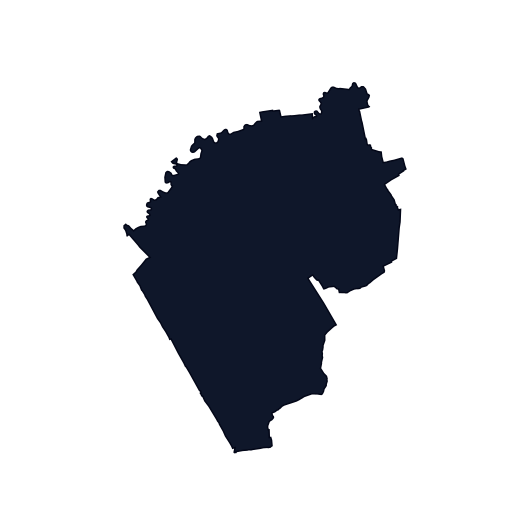 Raducaneni, Iasi, Romania (orthographic projection), rotated 287°
{"feature_id": "2599482B23312224684372", "entity_name": "Raducaneni", "entity_type": "district", "adm_level": 2, "iso_a3": "ROU", "parent_name": "Romania", "parent_adm1": "Iasi", "projection": "orthographic", "projection_center": [27.975, 46.968], "detail": "fine", "context": "isolated", "style": "filled", "palette": "ink", "viewbox_px": 512, "rotation_deg": 287, "n_neighbors": 0, "source": "geoboundaries", "source_scale": "gbopen_adm2", "svg_char_len": 6123}
<svg xmlns="http://www.w3.org/2000/svg" viewBox="0 0 512 512"><g transform="rotate(287 256 256)"><path d="M350.1,371.6L353.2,367.7L353.7,367.5L354.9,366.0L357.1,362.9L357.5,362.8L358.7,361.1L361.7,358.1L362.2,358.0L368.6,363.1L374.8,369.1L375.9,368.3L380.4,372.1L380.7,371.8L383.0,373.9L385.5,372.0L391.9,368.1L392.2,367.3L392.2,366.8L387.9,360.2L385.7,356.1L383.8,353.3L382.5,350.3L387.8,347.1L392.0,345.3L391.6,343.1L391.6,335.1L393.1,334.8L394.1,333.6L395.4,333.0L395.5,332.4L394.9,331.0L394.8,330.2L395.7,329.4L399.5,327.6L400.5,326.7L400.0,326.3L414.6,318.4L416.4,317.2L424.5,312.8L425.3,311.9L426.5,311.4L431.6,320.4L432.0,320.5L432.0,320.0L433.1,318.6L436.1,316.9L437.4,316.8L440.7,317.5L442.6,317.4L443.2,316.6L443.4,315.0L443.6,314.7L447.6,311.9L448.9,309.8L449.2,309.2L448.9,307.9L448.6,307.3L447.2,306.4L446.5,305.5L446.5,305.0L446.5,304.4L447.5,303.1L450.0,300.9L450.3,300.4L450.3,299.2L450.0,298.6L449.1,298.1L446.3,298.3L444.2,297.0L442.7,296.7L442.4,296.4L440.7,287.3L440.1,286.3L440.0,285.6L439.7,283.8L440.1,281.0L439.7,279.5L438.5,278.6L433.0,277.1L432.4,276.0L432.5,274.0L431.9,273.1L430.6,273.0L428.8,274.2L427.4,274.1L426.2,273.0L425.2,271.2L424.4,270.6L423.8,270.5L423.1,270.9L422.2,272.5L420.8,273.9L420.1,273.9L417.7,273.4L416.8,273.7L415.6,274.5L414.0,276.4L412.1,276.9L410.9,276.6L410.5,276.0L410.4,275.3L410.7,274.3L412.3,271.9L412.2,271.1L411.7,270.3L410.9,269.8L409.6,270.1L409.0,270.7L408.3,272.5L407.5,273.0L406.9,272.7L406.1,271.1L404.1,269.8L408.4,268.2L404.2,258.9L403.5,256.6L401.2,251.4L400.2,248.8L400.2,248.4L398.0,242.9L396.4,239.6L396.3,239.2L402.0,235.9L402.1,235.6L399.5,229.8L400.1,229.3L399.9,228.9L395.6,219.9L394.4,217.7L386.7,221.9L386.3,221.3L385.2,218.3L384.6,217.6L382.4,216.4L380.9,215.9L380.1,215.4L379.1,213.9L378.7,211.4L379.0,209.7L378.9,208.7L378.3,207.6L377.6,207.1L376.1,206.7L374.4,207.3L373.8,207.3L373.1,206.8L369.7,202.3L367.6,198.5L365.4,196.6L364.8,195.8L364.6,194.9L364.7,194.3L365.8,192.9L367.7,191.7L368.2,190.9L368.2,190.1L367.7,189.3L366.8,188.6L364.0,187.2L363.2,186.4L361.5,183.3L359.7,183.4L359.0,183.9L357.8,185.6L356.9,186.2L354.2,186.3L352.7,185.4L352.2,184.6L352.1,183.8L352.4,182.7L352.9,182.0L355.6,180.0L356.5,178.9L357.2,177.1L357.3,176.3L356.3,175.4L354.7,174.9L352.8,173.5L352.4,172.8L352.5,170.6L352.9,169.4L353.9,167.7L354.0,166.9L353.3,165.2L352.6,164.5L351.1,163.7L349.6,163.5L346.5,164.4L345.9,164.3L343.7,163.0L342.2,162.3L338.2,162.3L337.3,163.0L336.7,163.9L336.7,165.3L337.6,166.7L342.6,169.6L343.1,170.5L342.9,171.7L341.1,173.6L337.8,173.5L333.8,174.2L333.1,173.9L332.1,172.8L330.5,169.1L328.2,166.3L326.5,165.1L325.2,164.7L322.7,163.2L321.3,157.6L321.2,153.9L321.8,152.6L325.3,152.5L326.0,151.9L326.3,151.1L321.5,147.7L320.5,149.2L320.4,150.2L320.6,152.9L319.9,154.1L318.7,153.7L317.8,151.4L317.0,150.9L316.4,151.1L316.0,151.6L315.9,152.7L315.6,153.5L314.1,155.0L312.6,157.8L311.3,157.6L309.1,154.3L308.6,153.0L308.6,152.3L309.0,151.7L310.3,150.5L311.1,148.1L311.0,146.8L310.7,146.3L309.4,145.5L304.7,145.9L300.2,147.6L299.7,148.4L299.7,149.0L300.4,150.4L301.8,151.6L302.1,152.7L301.3,153.4L299.6,153.9L298.8,154.7L298.5,155.6L296.5,155.3L290.6,153.2L289.9,151.8L289.8,150.3L290.1,147.7L290.7,145.5L290.4,144.2L290.0,143.9L288.5,143.3L287.5,144.1L284.6,147.6L283.8,146.7L283.2,145.3L280.8,144.3L279.7,142.9L279.6,142.3L280.3,139.6L280.2,138.8L279.7,138.4L279.0,138.4L277.4,139.2L276.8,139.1L275.9,138.3L275.4,137.2L274.5,136.5L272.7,136.5L271.7,137.2L271.4,138.0L271.5,140.9L271.4,141.5L271.1,141.9L270.4,142.3L269.3,142.0L268.3,139.6L267.2,139.0L266.6,139.0L266.0,139.5L265.1,141.9L264.1,142.7L263.4,142.5L262.3,140.4L261.8,140.1L261.0,140.4L260.2,141.8L259.6,142.2L258.6,142.1L257.7,141.0L256.9,140.6L255.8,140.8L254.6,141.9L253.1,141.9L252.7,141.7L251.9,140.7L250.5,137.2L249.0,135.3L246.9,133.2L244.3,131.7L245.8,128.2L247.4,125.7L247.6,124.9L247.6,123.2L248.2,122.2L246.4,121.0L244.2,121.6L242.8,123.5L241.9,124.3L239.2,126.2L238.2,126.5L237.7,126.9L239.6,128.3L232.1,140.2L230.6,142.2L223.7,155.1L220.9,152.0L213.8,149.2L208.0,146.5L205.6,146.0L202.3,144.0L197.4,149.3L196.3,150.2L193.7,153.7L190.0,156.6L189.5,157.6L186.7,160.8L185.0,162.1L182.9,164.7L167.4,180.2L164.3,184.3L161.0,187.4L157.4,191.8L152.8,196.6L151.1,197.9L151.9,199.0L140.4,210.2L132.7,218.3L129.8,220.9L129.9,221.3L125.3,226.4L110.7,241.5L110.9,242.4L109.1,243.4L108.6,242.9L107.4,244.3L106.5,244.9L106.2,245.7L106.5,245.8L106.4,246.0L102.4,249.5L98.6,254.8L88.2,266.4L87.0,267.5L85.8,269.3L84.4,270.3L79.1,275.9L74.9,279.5L70.0,285.3L67.2,288.3L65.3,289.9L66.5,291.6L66.7,292.0L62.5,292.4L61.9,292.5L61.7,292.9L62.3,294.3L63.1,294.1L66.2,300.1L67.8,304.2L68.7,305.8L69.2,307.9L70.2,309.6L73.2,316.0L74.9,319.0L76.2,322.4L76.5,323.9L77.5,325.7L78.1,325.9L79.2,326.8L84.4,324.7L86.8,323.1L86.2,321.8L93.6,319.3L93.4,318.5L95.5,317.2L97.1,316.8L101.6,317.0L102.6,317.6L104.0,318.9L105.7,319.7L106.7,319.9L107.5,319.5L108.3,318.2L110.1,317.3L110.8,317.3L112.5,319.5L114.6,321.0L115.5,322.2L116.2,322.4L117.2,323.3L120.0,324.8L121.7,326.4L129.2,337.0L131.2,339.1L135.8,343.2L140.6,349.7L142.1,355.0L142.7,358.9L143.0,359.3L143.8,359.7L146.2,360.1L148.7,359.9L152.5,361.0L153.9,360.6L157.1,360.6L158.5,359.9L159.5,359.8L161.6,358.5L163.5,355.0L167.4,350.5L172.3,350.0L173.5,349.6L178.4,349.3L180.0,348.4L182.0,348.0L183.9,347.0L185.7,347.1L188.5,346.7L190.0,346.2L195.5,346.4L200.5,344.8L204.1,346.3L209.3,349.4L211.8,351.0L213.6,352.8L230.7,334.4L248.6,313.5L250.0,312.1L254.3,315.6L254.4,315.9L252.7,318.0L250.9,321.1L250.8,321.8L251.3,322.8L246.6,328.3L244.4,330.4L244.5,330.7L245.5,332.1L247.7,334.5L249.8,339.5L249.4,340.9L248.3,343.2L248.6,344.7L245.5,346.4L247.0,351.4L247.0,352.2L247.5,353.8L250.2,356.0L253.1,359.4L254.1,361.3L254.8,363.4L255.4,364.6L256.0,365.2L257.0,365.6L259.3,369.3L260.2,370.4L262.7,371.6L263.6,372.5L267.6,375.0L276.1,381.5L277.9,383.2L279.3,383.2L283.5,380.6L289.8,387.4L290.8,387.0L294.8,391.0L304.1,389.2L325.0,384.6L330.5,383.8L342.8,380.6L341.7,378.7L341.8,378.5L344.0,376.8L344.4,376.9L345.1,375.2L345.3,374.9L346.0,374.9L346.5,373.6L347.0,373.6L350.1,371.6Z" fill="#0f172a" stroke="#020617" stroke-width="1.5"/></g></svg>